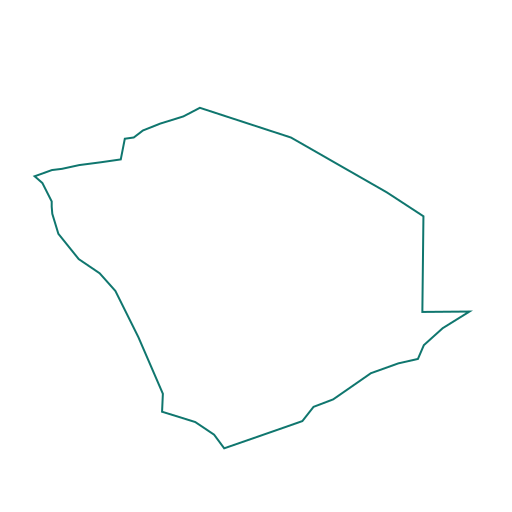 outline of Barh-El-Gazel Ouest, Barh El Gazel, Chad, rotated 334°
{"feature_id": "50815135B59767652467514", "entity_name": "Barh-El-Gazel Ouest", "entity_type": "district", "adm_level": 2, "iso_a3": "TCD", "parent_name": "Chad", "parent_adm1": "Barh El Gazel", "projection": "orthographic", "projection_center": [16.14, 13.385], "detail": "fine", "context": "isolated", "style": "outline", "palette": "teal", "viewbox_px": 512, "rotation_deg": 334, "n_neighbors": 0, "source": "geoboundaries", "source_scale": "gbopen_adm2", "svg_char_len": 640}
<svg xmlns="http://www.w3.org/2000/svg" viewBox="0 0 512 512"><g transform="rotate(334 256 256)"><path d="M193.0,420.9L225.3,424.7L241.6,416.8L262.5,418.7L307.9,411.7L336.9,414.9L356.4,419.5L367.8,409.7L392.2,402.7L423.5,399.5L381.0,379.2L423.9,293.7L401.5,256.2L339.4,164.9L270.5,98.2L251.9,98.7L227.9,95.0L209.4,93.6L198.1,95.9L189.5,93.1L176.8,109.9L157.8,103.8L137.0,96.8L119.8,92.6L110.3,89.3L92.0,87.3L96.0,96.8L96.3,117.4L94.0,122.1L91.4,128.8L88.1,149.4L95.3,181.1L107.9,203.0L114.3,225.8L114.7,277.5L111.9,339.0L103.3,354.8L128.6,378.6L140.0,398.2L143.1,414.9L193.0,420.9Z" fill="none" stroke="#0f766e" stroke-width="2"/></g></svg>